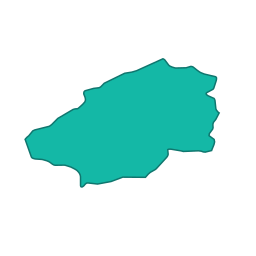 an SVG outline of Gafsa, rotated 159°
{"feature_id": "TUN-112", "entity_name": "Gafsa", "entity_type": "Governorate", "adm_level": 1, "iso_a3": "TUN", "parent_name": "Tunisia", "parent_adm1": "", "projection": "albers", "projection_center": [8.747, 34.421], "detail": "fine", "context": "isolated", "style": "filled", "palette": "teal", "viewbox_px": 256, "rotation_deg": 159, "n_neighbors": 0, "source": "natural_earth", "source_scale": "10m", "svg_char_len": 1916}
<svg xmlns="http://www.w3.org/2000/svg" viewBox="0 0 256 256"><g transform="rotate(159 128 128)"><path d="M37.5,109.4L42.9,104.6L46.0,102.8L47.0,101.7L47.6,100.6L48.5,97.8L49.4,96.6L54.1,93.6L55.1,91.8L51.7,86.5L52.1,84.0L53.7,81.7L57.9,77.2L58.0,77.0L59.7,77.2L64.5,77.8L66.3,78.7L67.9,80.1L70.5,81.5L84.8,86.3L86.6,87.6L95.6,92.9L97.4,93.6L98.6,93.6L99.0,92.4L99.8,89.5L100.0,89.0L100.3,88.5L101.4,87.4L102.7,86.6L116.1,79.9L117.2,79.5L123.1,78.6L125.6,77.7L129.4,75.7L150.5,84.0L163.0,84.1L176.5,86.6L184.6,90.8L185.6,91.2L186.4,91.4L186.9,91.3L188.1,90.9L189.9,89.9L190.8,89.6L192.0,89.4L192.6,89.7L193.0,90.1L193.0,90.8L192.9,91.4L189.8,99.5L189.6,100.7L189.5,101.3L189.5,101.9L189.6,102.8L189.8,104.0L190.6,106.1L191.1,107.1L192.6,109.0L195.3,112.0L198.9,114.9L200.1,115.8L201.1,116.3L209.3,119.3L210.4,120.0L211.5,121.3L213.4,124.3L214.2,125.2L215.3,126.3L218.7,128.9L219.6,129.5L225.8,132.4L227.3,133.5L228.2,134.4L228.4,135.0L228.6,135.5L228.1,154.3L225.8,155.5L223.4,156.3L218.0,159.4L217.0,159.5L215.7,159.6L200.8,157.8L198.1,158.5L190.1,162.1L172.6,165.0L170.6,164.8L168.2,164.1L167.1,164.3L161.9,166.3L159.0,167.8L158.5,168.3L158.0,168.9L157.7,169.5L157.4,170.1L157.3,170.7L157.1,171.8L157.1,175.3L157.0,175.9L156.7,176.6L156.3,177.2L155.9,177.7L155.4,177.9L155.0,178.1L154.1,178.1L145.9,177.3L140.8,176.0L139.9,176.0L138.7,176.2L134.1,178.3L111.5,180.3L104.4,178.8L99.4,178.4L70.6,180.1L70.0,179.5L69.3,178.5L68.2,174.7L67.6,172.5L67.3,171.7L66.8,170.9L65.0,169.1L62.8,167.4L62.0,166.9L52.2,163.4L47.3,163.0L46.7,162.7L46.1,162.3L45.5,161.8L44.5,160.2L42.9,157.4L41.0,154.5L39.9,153.3L37.4,151.0L27.9,144.5L27.5,143.9L27.4,143.0L28.2,141.3L29.0,140.2L33.6,134.5L34.2,134.0L34.8,133.7L35.4,133.6L41.7,132.8L42.4,132.5L42.8,132.0L42.8,131.3L42.2,130.1L41.7,129.4L37.1,124.8L36.9,123.9L36.9,122.7L39.1,114.4L39.0,112.9L38.0,110.0L37.5,109.4Z" fill="#14b8a6" stroke="#0f766e" stroke-width="1.5"/></g></svg>